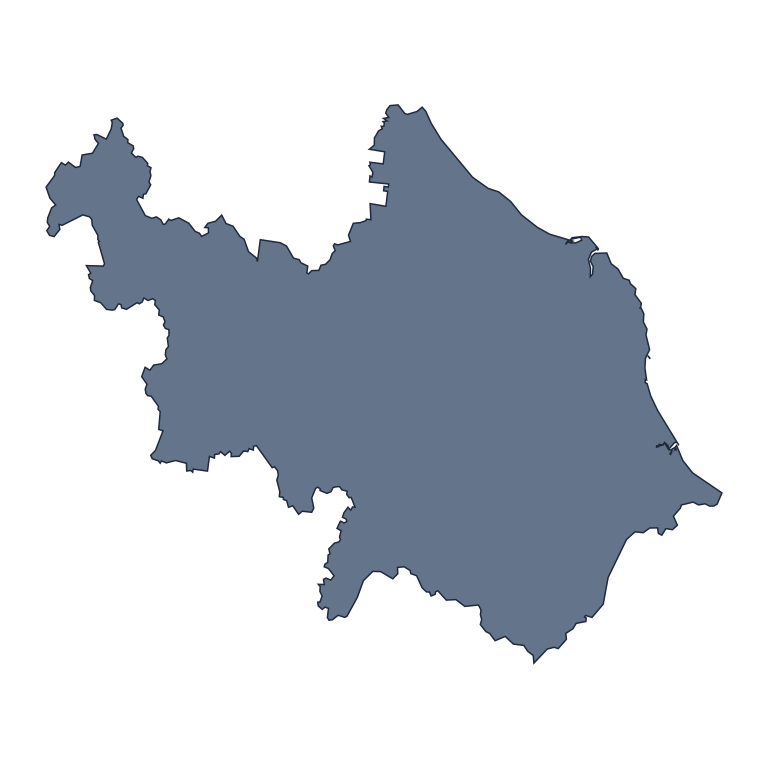 the district of Bundaberg, Queensland, Australia
{"feature_id": "25037944B53664742087650", "entity_name": "Bundaberg", "entity_type": "district", "adm_level": 2, "iso_a3": "AUS", "parent_name": "Australia", "parent_adm1": "Queensland", "projection": "robinson", "projection_center": [152.268, -24.973], "detail": "fine", "context": "isolated", "style": "filled", "palette": "slate", "viewbox_px": 768, "rotation_deg": 0, "n_neighbors": 0, "source": "geoboundaries", "source_scale": "gbopen_adm2", "svg_char_len": 6078}
<svg xmlns="http://www.w3.org/2000/svg" viewBox="0 0 768 768"><path d="M677.4,525.2L673.4,516.2L680.5,508.0L681.3,505.0L693.1,502.1L698.6,504.9L705.1,503.8L709.6,506.1L713.9,506.0L717.2,504.1L721.9,492.9L692.7,473.0L682.8,460.5L676.6,445.5L674.8,447.6L675.6,448.6L675.1,449.6L675.5,449.4L675.7,449.5L675.7,449.8L676.1,449.6L676.1,449.8L675.7,449.9L675.6,449.5L675.2,449.8L675.0,449.6L674.6,447.7L672.1,448.9L671.7,452.5L670.4,453.1L670.9,454.0L670.7,454.4L670.2,454.3L670.0,455.1L670.4,452.9L671.6,452.3L671.2,449.9L668.6,449.7L664.6,442.8L663.1,445.0L660.4,445.6L659.0,444.6L659.5,445.0L659.5,445.7L658.6,446.7L658.1,446.6L657.5,445.9L656.8,445.8L657.0,446.9L656.3,447.7L656.8,445.8L657.6,445.8L658.5,446.6L659.4,445.7L658.9,444.7L659.2,444.4L662.8,444.9L664.6,442.4L667.9,445.6L668.8,449.2L674.4,442.7L677.1,442.4L678.9,445.4L657.6,410.4L650.7,395.9L647.1,383.6L645.1,382.6L645.3,379.5L646.6,380.0L644.9,367.8L645.5,358.2L649.6,349.6L646.0,335.0L647.0,329.1L643.4,322.1L643.8,313.7L641.1,308.1L639.3,308.0L640.6,307.8L641.3,303.3L635.0,294.7L635.8,288.6L630.2,283.5L629.3,280.3L623.3,278.3L618.0,269.0L611.2,263.8L606.8,253.0L594.9,253.4L591.7,256.4L590.4,260.9L593.2,266.7L592.5,274.2L590.3,276.7L590.5,268.5L588.4,259.5L591.5,252.1L597.4,248.8L595.5,247.0L597.5,248.3L597.8,250.4L598.4,248.7L588.6,237.0L582.2,236.5L572.1,237.7L570.7,239.3L580.6,237.2L581.8,240.2L575.7,242.9L570.6,242.9L567.9,241.9L565.4,244.5L567.7,241.0L570.3,242.4L572.8,241.1L549.7,234.2L537.3,227.3L521.5,214.9L510.7,201.5L498.7,191.9L488.2,188.4L472.6,177.3L441.0,139.3L431.3,123.5L425.8,111.3L422.1,107.2L417.0,111.5L407.2,114.4L404.7,113.4L398.1,104.9L390.0,105.6L386.9,109.6L385.7,113.1L388.8,117.5L383.5,118.4L387.1,120.9L383.0,121.6L384.3,123.0L383.9,126.2L381.2,126.3L382.3,128.8L378.5,130.9L374.4,138.2L374.3,145.1L369.3,149.3L384.7,151.8L383.2,163.9L369.8,162.2L370.4,164.9L368.9,165.7L372.8,172.1L372.1,177.1L370.0,175.9L369.4,182.0L388.7,184.0L388.3,187.1L384.1,186.4L383.6,190.8L387.7,191.4L385.9,206.3L370.1,203.6L370.9,219.7L366.3,219.1L366.0,220.6L360.5,222.6L353.3,223.3L348.5,235.2L350.5,241.4L337.8,244.9L334.5,243.8L333.3,245.9L335.2,250.6L332.2,253.5L330.1,259.7L325.5,264.3L321.0,265.2L318.8,270.4L311.8,270.6L308.4,273.9L306.8,272.8L307.8,266.1L300.8,262.7L299.3,259.7L293.5,258.1L286.5,246.0L280.2,242.7L260.3,239.7L257.4,261.6L256.3,257.9L248.5,251.6L244.1,239.3L239.9,236.4L233.0,226.2L226.0,223.5L221.7,215.1L215.5,221.3L207.9,223.3L204.8,227.5L208.3,227.8L208.5,232.9L201.7,236.4L199.4,233.2L195.2,231.4L188.8,223.2L178.8,217.8L170.9,220.5L168.8,219.1L165.2,224.1L163.2,224.3L160.8,219.8L156.5,216.9L151.8,218.3L145.3,215.6L136.6,199.5L138.6,196.3L142.9,198.3L143.4,194.3L145.9,193.8L150.7,184.8L149.0,181.9L150.9,175.7L150.0,171.7L151.0,167.7L147.4,165.7L147.7,163.3L142.4,157.4L137.9,156.2L135.9,157.4L131.4,153.1L133.7,148.7L133.2,145.9L127.8,142.7L127.9,139.5L123.7,136.3L121.0,128.0L123.1,125.4L122.8,123.3L117.1,118.1L111.2,120.2L112.3,122.5L111.2,128.9L106.3,139.1L96.8,134.5L94.0,134.8L95.1,139.4L98.4,143.5L92.5,153.2L82.1,155.0L80.1,166.4L75.5,167.5L68.5,162.1L65.4,165.1L61.4,162.6L54.8,172.4L54.5,175.7L46.1,187.1L49.9,198.2L55.7,205.0L51.6,207.9L47.7,218.0L47.3,222.4L49.7,226.4L46.8,230.7L49.5,235.3L54.1,236.6L59.8,229.5L59.0,224.4L62.2,225.3L82.8,214.9L89.5,216.8L91.8,219.5L92.2,225.1L98.0,235.6L97.8,239.4L99.3,241.4L98.3,242.2L104.5,263.8L103.3,266.1L86.4,265.6L90.8,273.3L88.5,274.7L89.4,278.5L92.7,280.6L90.3,287.6L90.9,291.1L94.5,295.4L94.4,300.4L100.7,302.7L106.6,309.4L112.5,310.1L114.8,309.6L118.5,303.8L121.0,304.6L121.7,307.9L126.5,309.3L137.0,302.7L139.3,303.8L142.2,302.0L143.9,298.0L148.0,300.5L152.9,298.7L155.3,300.5L154.8,304.7L159.3,310.0L158.7,315.0L163.2,316.9L165.0,321.7L163.4,325.0L165.4,328.5L168.9,329.6L169.0,335.4L167.3,338.0L168.4,346.6L166.0,349.5L165.3,354.8L166.9,358.9L161.8,363.7L153.7,365.1L149.9,370.2L145.1,367.3L141.7,376.7L147.0,384.3L145.2,389.2L146.0,393.5L147.8,395.7L151.2,396.2L158.5,406.4L158.0,409.2L160.2,411.6L158.7,429.4L163.0,430.8L155.5,450.4L150.7,455.3L152.3,458.8L158.1,460.7L160.2,463.2L161.5,460.9L166.3,462.9L175.5,460.5L186.4,463.3L186.7,471.0L190.8,470.5L192.7,472.2L193.1,469.1L207.5,471.1L209.4,456.4L214.4,458.1L214.7,454.5L219.0,453.9L220.5,451.6L224.9,455.4L229.6,451.2L231.4,453.3L231.1,456.6L239.2,456.3L243.6,451.0L247.8,451.6L249.1,448.6L253.3,450.1L253.6,446.5L256.3,445.5L272.2,467.7L274.5,466.8L277.6,470.7L278.3,475.4L276.8,480.1L279.8,491.7L279.3,496.7L283.3,497.4L283.4,499.4L286.7,500.7L288.5,507.3L292.8,505.8L298.6,514.3L302.3,511.2L311.7,512.3L313.8,508.1L311.7,497.9L315.6,488.4L317.7,487.2L320.1,488.7L320.0,490.5L327.1,493.4L331.0,491.6L333.1,487.5L336.1,486.8L339.5,486.6L341.9,489.8L347.3,491.3L346.6,494.3L349.1,497.7L351.2,497.4L355.0,507.2L352.5,507.0L350.7,510.2L348.0,507.3L343.9,512.8L342.5,517.3L346.2,519.1L346.8,521.5L344.2,522.9L340.4,521.2L337.0,528.4L341.1,530.7L339.5,537.2L340.5,539.8L338.8,542.0L334.5,543.1L328.8,548.9L330.0,553.8L328.1,555.0L327.7,562.5L325.0,564.1L324.2,566.8L328.5,568.6L334.1,575.9L330.7,580.1L326.1,578.1L323.5,579.3L324.3,584.5L318.3,584.3L320.2,586.5L319.9,591.3L322.1,596.1L319.9,602.1L317.7,602.2L318.2,605.8L322.2,609.4L325.0,607.1L328.5,608.4L327.4,617.6L329.0,620.2L332.4,619.8L338.1,615.3L344.8,617.3L347.0,616.2L357.3,597.4L363.4,580.7L372.8,571.4L380.6,571.6L392.8,578.8L397.8,573.7L397.5,567.4L404.2,566.8L410.1,570.5L410.8,573.6L416.6,575.7L422.1,587.7L426.4,591.9L429.5,592.0L431.1,596.0L435.2,594.3L435.5,592.0L437.8,590.7L446.3,600.1L455.9,599.6L464.8,606.4L478.4,605.0L481.0,609.9L480.4,614.6L481.7,619.7L480.3,624.5L485.9,631.6L489.7,633.5L495.1,640.7L505.2,636.4L513.4,644.1L523.8,645.4L527.9,651.5L533.2,655.4L533.9,663.1L547.3,649.0L554.2,647.3L558.2,648.6L566.4,639.3L565.8,633.4L572.8,628.9L576.2,623.4L585.9,621.5L586.2,618.0L584.5,617.1L585.5,615.5L592.0,617.4L603.2,604.2L608.1,577.5L626.5,539.5L635.0,531.8L643.3,532.7L649.7,528.0L657.6,527.9L658.4,533.4L661.8,535.2L665.9,528.6L672.4,529.7L677.4,525.2ZM649.5,357.5L647.7,355.7L650.1,358.9L649.5,357.5Z" fill="#64748b" stroke="#1e293b" stroke-width="1.5"/></svg>